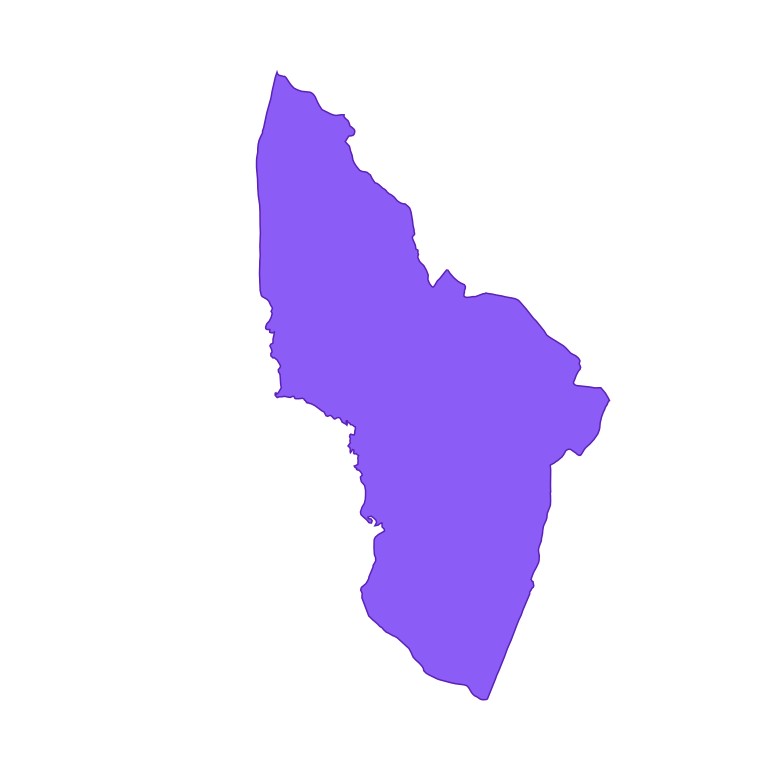 Kampong Seila, Kaôh Kong, Cambodia (Mercator projection), rotated 319°
{"feature_id": "14789045B74772931755748", "entity_name": "Kampong Seila", "entity_type": "district", "adm_level": 2, "iso_a3": "KHM", "parent_name": "Cambodia", "parent_adm1": "Kaôh Kong", "projection": "mercator", "projection_center": [103.945, 11.169], "detail": "fine", "context": "isolated", "style": "filled", "palette": "violet", "viewbox_px": 768, "rotation_deg": 319, "n_neighbors": 0, "source": "geoboundaries", "source_scale": "gbopen_adm2", "svg_char_len": 6159}
<svg xmlns="http://www.w3.org/2000/svg" viewBox="0 0 768 768"><g transform="rotate(319 384 384)"><path d="M507.8,78.5L503.5,81.0L491.8,89.5L486.3,94.0L473.4,102.5L461.5,111.5L458.0,113.6L456.7,115.1L455.5,115.4L453.0,116.5L449.5,118.2L446.4,120.5L443.4,123.3L440.8,126.2L436.1,130.0L433.9,132.3L429.9,136.9L423.0,146.4L417.2,153.5L412.6,159.6L407.7,167.2L403.8,172.2L394.9,182.6L389.9,188.8L380.8,198.5L374.8,205.9L371.1,209.6L362.3,219.2L351.9,232.2L349.6,236.5L349.4,238.0L351.3,243.5L351.4,246.0L350.1,250.4L349.7,253.3L348.2,254.4L346.4,255.1L346.0,257.3L342.5,259.7L338.8,261.2L335.4,261.6L334.3,262.0L331.9,263.5L331.1,264.7L331.4,266.1L333.5,268.0L331.7,269.9L332.5,271.4L333.6,272.4L335.3,272.9L334.4,273.8L329.8,277.2L327.0,280.3L324.5,279.7L322.9,280.4L322.0,283.7L320.5,286.4L319.0,286.6L318.3,287.0L317.1,288.6L317.3,291.5L318.4,292.1L319.1,295.7L318.1,301.3L317.5,302.8L315.8,303.5L313.7,303.8L312.3,305.6L312.1,307.8L311.2,309.4L306.3,315.8L303.9,319.5L299.3,321.0L297.3,321.4L296.0,321.0L296.7,319.8L295.8,319.6L294.4,321.2L294.5,324.2L296.3,324.8L299.0,327.0L300.8,328.0L303.4,331.5L304.7,332.8L307.0,333.4L307.9,334.4L307.3,336.3L307.7,337.2L310.1,339.3L313.2,341.4L313.8,343.1L313.4,344.0L313.8,345.1L313.4,346.8L313.6,347.9L314.3,347.8L314.9,349.6L316.0,351.0L317.7,355.1L319.5,363.6L320.4,365.9L319.4,369.9L320.3,371.4L322.2,372.1L323.2,372.8L323.4,374.7L323.5,377.7L324.3,378.3L326.3,378.6L327.6,379.4L328.4,380.5L328.1,382.8L327.4,385.3L328.6,388.6L329.0,389.9L329.0,390.7L330.1,390.0L330.4,387.9L331.5,387.1L332.2,387.7L331.6,389.0L331.9,390.1L332.5,391.3L332.0,392.6L332.9,393.5L333.5,394.9L333.6,396.4L334.2,397.6L332.7,399.3L331.3,400.2L329.5,402.0L328.2,402.8L326.8,401.5L326.1,400.1L325.1,400.0L323.4,401.2L322.9,403.0L321.0,404.5L320.0,406.3L316.2,407.2L316.4,409.6L315.8,411.1L314.1,412.8L313.6,413.8L315.6,413.5L317.2,412.8L317.9,414.1L317.0,415.2L315.8,416.0L315.6,416.9L316.3,417.8L317.4,418.3L317.4,419.7L317.9,421.3L316.3,422.1L315.3,423.2L314.2,424.8L311.5,427.5L309.6,427.1L307.7,426.4L307.4,428.1L308.1,429.7L307.2,430.5L307.9,431.9L308.6,432.9L308.7,434.9L308.5,436.8L307.8,438.5L305.2,438.7L304.1,440.3L302.8,442.9L302.8,447.9L300.4,452.0L297.7,455.2L294.2,458.8L290.8,461.2L286.7,462.5L282.3,465.1L280.9,467.5L281.2,470.8L281.8,475.1L281.7,478.9L283.3,480.7L285.4,479.4L285.7,477.4L283.9,475.4L284.5,474.0L287.6,475.3L288.3,478.0L288.6,481.5L287.6,483.6L284.1,485.0L286.9,486.6L290.0,486.9L291.3,487.6L288.8,490.6L289.0,493.6L287.8,495.3L281.1,493.9L276.9,493.9L274.5,495.0L269.7,500.2L266.9,503.7L264.8,506.5L263.7,509.6L261.6,512.1L256.7,513.8L255.7,514.9L246.1,519.7L244.8,520.8L242.7,521.7L239.5,522.8L233.9,522.7L232.9,523.0L231.2,524.2L230.2,527.7L227.1,530.8L220.3,549.1L220.8,554.9L221.6,559.9L221.9,564.6L222.6,566.6L222.5,569.5L222.9,572.7L223.9,574.9L225.6,579.8L226.4,581.2L227.5,584.2L229.3,599.9L228.6,603.4L226.8,609.4L226.9,613.0L227.5,618.0L227.5,622.2L227.3,623.8L225.9,626.7L226.1,630.0L227.4,633.8L230.8,641.7L232.1,643.9L238.9,653.9L241.4,657.2L247.1,663.6L248.5,665.9L248.7,668.4L247.6,674.5L247.6,676.9L247.8,678.6L248.9,681.2L249.9,684.9L250.5,686.0L251.7,687.4L254.3,689.3L255.5,689.5L274.5,679.8L278.2,677.7L282.0,676.0L296.1,668.8L303.4,664.7L311.7,660.8L326.8,652.7L331.7,650.2L335.9,648.4L340.6,645.7L356.2,638.1L357.1,637.0L358.0,636.4L359.3,636.2L361.4,635.3L363.2,635.3L364.6,634.6L366.8,630.9L366.4,630.4L366.8,627.9L371.0,625.5L373.8,624.1L379.1,622.2L381.2,621.2L383.3,620.3L385.3,618.9L388.8,615.2L389.9,613.1L391.7,610.5L394.3,608.6L399.8,605.6L401.2,604.2L405.7,600.7L407.9,598.5L411.0,596.0L412.7,595.1L417.4,593.0L419.5,591.5L422.1,588.9L428.4,585.6L430.1,584.6L432.8,581.8L436.1,577.9L438.4,574.9L439.0,574.9L440.1,573.4L443.1,569.8L453.6,558.0L456.2,554.3L460.8,555.3L463.2,555.4L464.4,555.7L470.4,555.8L472.8,555.3L475.3,554.5L477.0,553.7L478.5,553.7L480.3,554.2L481.9,555.7L483.5,562.1L483.7,564.1L484.5,566.0L485.7,566.7L487.0,566.5L492.3,564.8L494.7,564.4L500.2,564.3L506.1,563.6L512.5,562.0L515.9,560.2L518.0,558.7L521.5,555.3L526.4,551.7L531.1,549.1L533.2,548.3L535.9,546.8L539.3,545.8L540.7,544.9L542.3,544.4L543.3,544.5L544.1,541.5L545.1,536.0L545.2,529.1L544.7,528.6L540.6,525.3L537.3,521.2L528.4,511.6L527.6,510.2L527.4,508.0L528.4,506.8L530.2,506.1L534.7,503.6L539.0,501.9L541.4,501.6L543.3,500.5L544.0,498.8L544.5,496.9L547.1,495.1L547.5,493.6L547.7,491.8L547.2,488.3L546.3,486.4L545.1,483.0L544.9,476.1L544.4,472.6L539.7,457.4L538.9,453.9L539.7,448.9L540.2,436.8L539.9,432.5L540.5,420.8L540.5,410.5L540.2,408.4L538.9,405.6L536.8,402.8L532.9,398.0L530.5,394.6L527.2,390.6L524.4,386.8L522.3,384.5L520.5,382.1L519.7,382.1L518.0,380.9L510.2,378.0L508.5,376.4L505.8,374.8L503.2,372.9L502.0,370.8L502.1,370.1L503.1,368.8L504.5,367.9L506.0,366.3L508.0,365.2L509.4,363.8L509.8,361.8L508.1,358.0L507.2,355.0L506.7,351.9L506.4,349.1L506.4,343.9L506.9,340.0L505.9,339.0L495.3,341.0L491.8,341.2L486.8,342.9L484.7,343.1L484.1,342.2L484.1,338.9L484.7,336.7L485.7,333.9L488.9,330.7L490.5,326.4L491.7,320.7L491.3,317.0L491.3,314.8L492.1,312.0L492.7,310.4L493.8,309.5L495.0,308.9L495.5,307.2L496.9,306.0L497.4,305.1L496.6,303.0L497.6,301.6L498.8,299.6L500.9,293.1L501.8,291.7L503.3,291.3L505.1,291.2L506.1,290.1L506.6,288.9L507.7,287.6L510.0,283.3L512.7,279.4L517.1,272.2L518.1,270.0L518.8,267.9L518.7,265.8L518.1,262.0L516.8,260.7L515.5,258.7L514.6,256.1L514.2,254.0L514.3,249.9L513.8,246.7L512.7,243.8L512.3,241.2L512.5,239.2L512.2,237.3L511.5,235.5L510.9,230.1L510.3,228.0L509.2,226.1L509.8,221.3L510.9,217.3L510.4,215.3L510.2,213.4L509.0,211.6L506.9,209.2L505.8,206.7L506.0,201.3L506.6,197.4L507.6,194.4L510.0,190.4L511.6,186.3L513.9,181.9L513.7,175.7L519.2,174.0L520.5,173.9L521.7,175.0L523.7,176.0L525.1,175.9L526.8,175.0L528.2,173.5L528.5,171.8L528.2,169.3L527.6,166.9L528.8,164.5L529.6,161.6L529.1,158.5L529.2,155.9L530.5,154.7L528.7,153.0L523.9,149.8L522.0,147.3L520.7,144.7L517.2,136.2L517.9,131.3L518.8,127.5L520.4,122.4L520.7,120.0L520.6,118.1L519.9,115.7L519.3,114.9L513.8,109.0L512.0,105.9L511.0,103.7L510.2,101.6L510.0,98.0L510.2,95.1L511.1,88.4L510.8,86.7L510.1,86.1L507.2,81.9L507.2,79.8L507.8,78.5Z" fill="#8b5cf6" stroke="#5b21b6" stroke-width="1.5"/></g></svg>